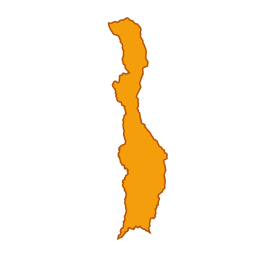 outline of Mathioya, Central, Kenya, rotated 76°
{"feature_id": "3690345B56624904262086", "entity_name": "Mathioya", "entity_type": "district", "adm_level": 2, "iso_a3": "KEN", "parent_name": "Kenya", "parent_adm1": "Central", "projection": "albers", "projection_center": [36.931, -0.636], "detail": "fine", "context": "isolated", "style": "filled", "palette": "amber", "viewbox_px": 256, "rotation_deg": 76, "n_neighbors": 0, "source": "geoboundaries", "source_scale": "gbopen_adm2", "svg_char_len": 5970}
<svg xmlns="http://www.w3.org/2000/svg" viewBox="0 0 256 256"><g transform="rotate(76 128 128)"><path d="M230.0,163.1L232.3,164.3L233.2,164.5L233.0,164.0L232.3,163.4L232.6,162.4L232.2,160.0L231.7,159.8L230.9,158.3L230.0,157.4L229.3,156.2L228.8,155.9L228.3,156.0L228.1,155.7L228.3,154.5L228.0,153.5L227.6,153.6L227.1,152.5L226.5,152.3L225.8,152.6L225.4,152.1L225.4,151.5L225.0,151.2L225.2,150.7L225.6,150.5L226.7,148.9L227.0,147.7L226.9,147.2L227.7,147.0L227.3,146.2L226.0,145.3L225.7,144.3L225.3,144.0L227.0,142.9L227.1,142.4L226.7,141.2L226.1,140.5L226.4,140.2L227.3,139.8L229.9,137.6L230.4,136.1L232.0,135.3L232.6,134.1L233.8,132.9L234.7,132.3L235.0,131.9L231.3,132.4L230.1,132.1L228.3,130.5L225.7,130.1L224.7,129.5L223.9,129.3L223.4,129.0L222.9,128.9L222.2,128.4L221.7,128.3L221.3,127.8L221.3,125.9L221.5,125.5L222.0,125.2L222.0,124.7L221.6,124.4L220.6,123.0L220.1,122.9L219.2,123.2L218.8,122.9L218.4,122.1L217.8,122.0L217.5,121.6L215.7,121.5L214.8,121.0L214.4,120.9L214.0,121.2L213.4,121.4L213.0,120.2L211.9,119.2L210.3,119.1L210.3,117.9L209.7,117.1L209.1,117.1L208.5,117.3L206.9,116.3L206.3,116.1L204.2,114.6L203.2,114.8L202.3,115.5L201.1,114.8L200.1,114.6L199.8,114.1L199.6,113.0L198.7,111.6L198.5,110.6L196.4,109.0L195.4,107.2L194.8,106.6L193.8,106.6L192.9,106.3L192.5,106.4L190.4,105.4L187.1,104.4L186.1,104.8L185.6,104.8L184.6,104.2L184.3,104.5L183.0,104.5L180.3,103.3L179.7,102.7L178.9,102.3L178.5,102.0L178.3,101.6L177.8,101.4L176.2,101.7L175.6,101.5L174.1,101.4L173.6,101.2L172.5,101.4L168.3,101.4L167.8,100.9L167.3,98.3L167.0,97.6L166.5,97.3L164.5,97.2L164.0,96.8L163.1,96.5L162.1,96.8L161.2,98.0L160.7,98.3L159.4,98.4L159.0,98.2L158.4,98.2L157.9,98.5L157.1,99.4L154.7,100.4L153.2,102.2L151.7,102.3L149.7,102.9L148.1,102.9L146.3,104.0L145.6,105.2L144.1,106.1L142.9,106.2L141.2,106.9L140.9,107.3L138.8,107.4L138.3,107.6L136.2,108.7L135.7,108.7L134.6,109.8L132.7,110.2L132.4,110.6L132.0,110.7L131.6,111.1L131.2,111.3L130.2,111.2L129.3,110.8L128.7,111.1L126.8,113.4L125.9,113.8L125.0,113.7L124.0,113.4L123.5,113.7L122.6,113.3L122.1,113.7L121.6,113.7L121.0,113.4L120.5,113.4L120.3,113.7L118.0,113.2L116.3,113.1L114.4,114.0L113.3,113.7L112.6,113.8L111.7,114.4L111.0,114.4L110.5,114.1L110.0,113.0L109.5,112.7L108.6,112.8L108.1,112.5L107.0,112.0L105.0,112.1L104.0,111.6L102.4,111.2L101.9,111.3L100.1,112.3L99.0,112.1L91.7,105.9L91.3,105.7L90.7,105.7L87.4,105.9L80.9,101.8L79.5,100.4L74.8,99.5L73.6,99.1L73.2,98.7L73.1,98.2L72.5,94.0L70.8,93.6L69.5,92.9L68.6,92.7L67.4,93.0L65.9,93.7L65.0,93.8L62.9,93.5L59.0,92.0L56.9,91.7L51.1,92.3L48.9,92.9L47.7,92.6L46.7,92.5L42.5,93.9L41.4,93.6L40.1,92.9L38.7,93.0L37.7,92.8L36.6,92.0L35.4,91.7L34.9,91.5L33.8,91.7L29.4,93.8L28.6,95.6L28.3,96.0L27.9,96.3L25.7,97.2L25.0,97.9L23.8,100.0L21.7,101.2L21.1,102.0L21.0,102.5L21.1,103.5L22.2,106.2L21.8,107.7L21.7,109.2L21.7,109.7L23.1,112.5L21.8,114.4L21.7,116.4L22.3,118.2L22.3,118.7L21.5,121.5L23.1,121.7L25.3,121.6L28.3,121.1L33.0,119.4L33.8,119.0L34.8,117.0L36.3,115.2L36.9,114.8L39.2,114.3L39.6,114.5L40.6,114.1L41.3,114.0L42.0,114.6L42.5,114.4L42.9,114.5L44.6,113.6L46.0,113.3L47.2,113.4L48.6,114.1L49.9,114.2L50.9,114.0L51.9,113.4L52.9,113.9L54.0,114.3L55.4,114.4L55.8,114.7L56.7,115.0L57.1,114.9L59.0,116.5L60.1,117.0L60.9,117.1L62.1,116.6L62.6,116.9L63.5,117.1L65.0,116.9L65.3,116.4L66.4,115.7L69.2,116.1L70.1,115.8L70.6,115.6L71.9,114.6L72.5,114.6L73.3,113.9L73.9,113.9L74.8,113.3L74.9,113.8L74.7,115.1L75.2,116.0L75.1,117.1L74.9,117.6L73.8,118.8L73.7,119.3L74.1,120.2L75.1,121.0L75.2,123.2L75.4,123.6L78.6,124.5L79.5,125.0L80.5,125.0L81.5,126.0L81.8,126.5L81.6,126.9L79.7,128.6L79.5,129.4L79.5,130.1L81.4,131.9L82.0,132.3L82.5,132.3L82.6,132.8L85.3,132.2L87.3,131.0L88.0,131.4L89.0,131.1L90.1,131.3L90.5,131.6L90.9,131.6L91.4,131.8L92.1,131.2L92.5,131.1L93.0,131.1L93.2,131.5L94.0,132.1L96.6,131.5L97.9,131.9L99.1,131.5L99.9,130.9L100.1,130.4L100.8,129.7L101.1,128.8L101.5,128.4L104.5,128.3L105.2,127.3L105.3,126.7L106.3,125.9L106.9,126.6L107.6,126.6L108.8,126.6L109.9,126.1L111.9,126.6L112.9,126.2L113.3,126.6L114.2,126.9L114.1,127.3L114.3,127.7L115.3,128.9L116.2,129.1L117.1,129.6L117.7,129.7L118.3,130.5L119.0,131.1L119.6,131.1L120.5,130.7L120.9,131.1L122.2,131.3L123.7,132.1L124.6,132.1L125.0,132.0L126.9,132.7L128.3,132.4L128.9,132.5L130.4,132.4L131.6,133.3L133.1,133.6L133.6,133.9L134.2,133.7L134.6,133.9L135.2,133.6L135.8,133.6L136.6,133.8L137.8,133.8L139.4,133.3L140.2,133.8L140.7,133.9L141.2,133.8L141.6,133.9L142.6,134.7L142.9,135.2L143.1,137.4L144.0,139.7L145.0,141.4L145.3,141.0L146.2,141.0L146.6,141.2L146.6,142.1L148.5,141.9L149.1,142.0L149.7,142.9L150.2,143.0L150.2,143.4L151.0,143.8L152.0,143.7L152.7,144.0L153.0,143.7L153.4,144.1L153.7,143.6L154.3,143.6L154.6,143.3L155.0,143.6L155.5,143.6L156.3,143.3L157.5,143.2L158.0,143.3L158.3,143.6L158.8,143.4L159.4,143.5L160.5,143.0L161.6,142.9L162.7,142.3L163.1,141.1L163.5,140.6L164.1,140.9L166.5,141.1L166.9,140.7L166.9,140.1L166.5,139.7L167.8,138.8L168.4,138.7L169.1,138.3L169.2,138.8L169.5,139.1L169.9,138.6L170.2,138.9L170.7,139.0L172.0,138.8L172.5,139.1L172.6,139.8L173.2,139.9L173.7,141.8L175.5,142.7L175.5,143.2L175.9,143.6L176.5,143.6L176.9,143.3L177.5,144.7L177.4,145.2L177.6,145.6L179.0,146.4L179.5,146.4L179.9,146.0L180.5,146.0L181.7,146.9L182.3,147.0L182.8,147.2L184.9,146.7L185.8,145.8L186.3,146.0L187.0,146.5L187.4,146.6L189.5,145.7L190.7,145.9L191.5,145.6L192.5,145.9L192.9,146.3L193.9,146.6L194.3,147.1L195.0,147.3L195.5,147.1L195.8,147.5L196.0,148.1L196.4,148.4L198.0,148.3L198.4,148.6L200.1,149.2L200.7,149.3L201.8,148.9L204.9,149.6L205.6,149.5L206.6,149.6L207.7,149.4L208.5,149.9L209.3,150.0L209.8,150.4L209.9,150.8L210.4,150.9L211.8,151.6L212.3,152.5L212.6,152.7L214.0,153.0L215.1,153.0L216.6,153.4L217.4,154.0L217.4,154.8L217.7,155.2L218.8,155.0L220.1,155.6L221.9,156.1L222.9,156.5L223.3,156.8L223.5,157.7L223.9,157.9L224.3,159.1L224.6,159.4L226.2,160.4L226.7,160.4L227.0,160.1L227.9,160.2L229.8,161.7L229.7,162.7L230.0,163.1Z" fill="#f59e0b" stroke="#b45309" stroke-width="1.5"/></g></svg>